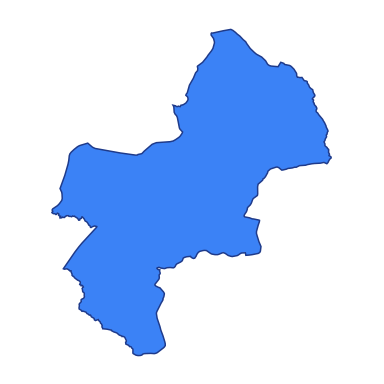 outline of Rolea B'ier, Kâmpóng Chhnang, Cambodia, rotated 266°
{"feature_id": "14789045B85845272815349", "entity_name": "Rolea B'ier", "entity_type": "district", "adm_level": 2, "iso_a3": "KHM", "parent_name": "Cambodia", "parent_adm1": "Kâmpóng Chhnang", "projection": "robinson", "projection_center": [104.575, 12.211], "detail": "fine", "context": "isolated", "style": "filled", "palette": "blue", "viewbox_px": 384, "rotation_deg": 266, "n_neighbors": 0, "source": "geoboundaries", "source_scale": "gbopen_adm2", "svg_char_len": 5906}
<svg xmlns="http://www.w3.org/2000/svg" viewBox="0 0 384 384"><g transform="rotate(266 192 192)"><path d="M34.8,122.2L33.1,124.8L32.6,126.7L32.5,128.8L32.7,129.9L32.9,130.7L33.5,131.3L33.9,132.2L34.1,133.5L33.9,139.6L33.4,143.0L33.6,144.6L34.2,146.2L38.4,152.5L39.2,153.5L40.6,154.6L42.7,154.7L44.5,154.4L50.6,153.0L56.3,151.3L60.1,150.6L66.6,148.9L68.6,148.4L73.2,148.0L74.3,148.2L75.5,148.8L83.3,153.4L85.9,155.2L86.7,155.6L87.2,155.4L89.5,156.6L92.2,157.3L92.8,157.3L94.3,156.6L98.7,153.3L99.2,151.9L100.7,149.4L101.8,148.5L102.5,148.6L107.3,152.9L108.6,153.4L111.5,153.4L112.7,154.5L113.4,154.6L115.7,154.1L116.5,154.5L117.2,152.5L118.2,151.7L118.8,152.0L119.2,153.8L118.3,155.6L117.7,158.2L117.5,159.4L118.2,161.7L118.2,164.9L117.7,167.7L117.7,168.4L118.1,169.2L118.9,170.0L120.7,171.1L121.4,172.0L123.0,175.9L124.1,177.5L126.7,178.7L127.3,180.0L127.8,182.2L127.9,186.1L127.0,186.5L126.1,187.8L125.6,188.8L125.8,190.1L127.8,191.7L129.3,192.4L131.4,194.1L132.3,195.8L132.8,198.8L132.9,200.3L132.6,202.3L129.3,206.4L128.7,207.5L127.9,210.6L127.7,213.1L128.0,214.5L129.1,217.7L129.3,219.0L128.4,220.9L126.2,223.6L125.2,226.1L124.8,227.6L125.4,232.6L125.8,233.6L127.3,236.1L127.7,237.3L127.6,241.0L125.1,241.3L125.1,244.6L125.3,247.6L126.1,253.7L126.5,254.6L127.0,255.4L128.2,256.1L132.8,257.0L137.8,255.3L143.8,253.9L146.2,253.4L148.2,253.6L154.5,255.8L157.5,257.1L159.0,257.4L159.3,256.9L160.8,251.6L161.0,250.2L162.2,247.7L163.5,242.9L164.0,242.4L165.1,242.4L166.5,243.3L168.5,244.9L170.5,245.8L172.3,246.2L173.1,246.9L175.0,249.2L175.7,249.7L176.9,250.5L179.9,251.8L181.2,252.6L184.0,257.0L185.5,257.4L192.6,257.8L195.2,258.5L198.3,262.6L199.2,263.5L200.2,263.8L200.5,264.7L202.1,266.3L205.8,268.7L207.2,269.1L207.6,269.4L209.5,271.9L210.9,277.5L211.0,278.7L210.2,280.3L207.6,283.0L207.6,284.1L208.2,287.7L208.8,289.3L209.0,293.6L209.6,296.3L209.4,297.6L210.8,301.1L210.8,307.2L211.3,309.1L211.8,313.6L211.9,316.2L211.8,322.0L212.3,325.7L210.8,328.5L211.9,329.7L213.7,330.7L215.2,331.8L216.3,333.2L217.3,333.1L217.9,332.6L218.7,331.2L220.1,331.8L222.3,330.9L223.5,331.3L224.0,331.1L224.9,331.3L225.5,330.8L225.9,330.2L226.9,329.9L228.6,328.1L229.3,327.8L230.6,328.0L232.8,327.2L234.1,328.2L235.7,328.7L237.5,330.0L237.9,330.1L239.1,329.9L239.9,330.2L240.2,330.7L242.2,331.2L243.1,331.9L244.1,331.8L247.5,330.4L248.6,330.3L249.9,329.8L252.0,329.0L254.4,327.7L255.2,327.5L260.3,323.8L262.2,322.8L263.0,321.8L263.7,321.5L265.0,321.5L266.0,322.2L267.0,322.4L268.0,321.8L268.6,321.8L269.6,320.9L270.8,320.1L272.2,320.0L272.6,319.5L273.9,319.2L274.9,319.6L275.4,319.6L276.2,318.6L276.7,318.6L277.3,319.1L278.1,320.3L278.8,320.5L279.3,321.3L280.4,321.2L282.7,320.0L285.7,319.5L286.8,318.0L288.3,316.6L291.0,315.7L292.4,314.7L294.1,314.6L294.6,314.0L295.3,311.7L298.6,309.7L298.6,307.5L299.1,306.2L299.1,305.2L300.4,304.6L302.7,304.6L303.2,304.5L307.4,302.3L310.3,299.8L311.4,298.3L312.8,293.2L313.9,292.6L315.2,289.6L311.0,286.6L312.1,279.8L312.5,278.6L313.1,277.5L314.2,276.3L317.7,274.6L321.8,270.9L324.9,266.0L326.8,264.0L331.1,260.1L336.3,256.9L338.2,256.0L340.4,253.7L344.2,250.6L346.3,248.2L348.2,246.5L350.4,244.0L351.5,242.1L350.7,234.6L349.1,223.7L349.3,222.7L348.9,222.2L347.3,222.0L343.6,224.2L340.5,224.8L339.1,224.8L333.8,222.9L331.5,221.3L327.5,217.7L325.5,216.2L320.6,211.6L317.2,206.3L316.8,206.1L314.7,206.4L312.7,206.0L310.6,203.9L305.4,201.3L298.8,196.9L291.3,194.2L289.9,193.0L288.9,192.6L287.2,194.2L285.9,194.5L284.6,194.5L283.2,193.8L281.2,192.1L279.8,189.6L279.4,188.1L279.4,187.1L278.0,186.2L278.6,184.3L278.2,183.8L278.4,182.3L279.1,181.6L279.9,179.1L278.3,179.8L272.8,179.8L270.8,180.6L269.2,181.9L267.3,182.6L256.7,183.9L255.5,184.4L252.5,186.8L251.2,186.2L248.4,184.0L247.4,182.7L245.5,179.5L244.2,176.8L243.7,173.6L243.7,159.9L242.4,155.6L236.2,147.3L233.9,144.8L233.6,143.7L233.2,140.7L232.8,140.3L232.7,139.7L232.7,138.5L236.0,122.9L242.2,98.4L243.6,95.9L248.0,91.4L246.5,84.6L246.0,82.7L245.0,80.7L242.7,77.4L240.1,74.2L238.5,72.8L236.7,72.1L232.2,71.3L228.5,70.3L226.3,69.5L217.5,66.3L204.6,60.6L200.9,62.0L199.1,62.2L194.6,62.1L192.7,61.5L189.6,58.9L187.8,56.9L184.9,51.9L184.2,51.4L183.7,51.2L182.5,51.8L182.0,51.6L181.7,51.0L181.2,50.8L180.1,52.1L179.9,53.7L179.0,54.7L179.2,55.4L180.3,56.2L179.7,57.4L179.1,57.7L178.2,57.3L177.5,58.0L177.0,59.1L176.2,58.4L175.3,58.6L175.8,59.3L175.3,59.7L175.4,60.4L176.0,60.9L175.6,62.0L175.5,63.1L176.3,63.7L176.7,64.7L177.1,65.0L177.1,65.5L177.0,67.1L176.3,67.5L176.1,69.4L175.7,69.9L175.9,70.6L176.4,71.2L176.0,72.2L176.1,73.2L175.2,73.8L174.9,74.6L174.5,74.9L173.8,76.0L171.8,77.0L171.8,78.0L173.0,78.4L173.4,79.7L174.9,80.5L174.8,80.9L172.6,82.6L170.5,83.4L169.7,84.8L168.0,86.0L166.2,86.7L165.8,87.5L165.2,87.9L163.8,88.3L163.6,88.8L164.4,90.4L164.9,92.5L164.2,94.6L163.5,94.4L148.7,78.7L145.4,75.5L140.4,71.1L124.4,58.3L123.9,59.2L124.1,61.9L123.1,63.5L122.6,63.8L122.5,64.2L121.8,64.6L121.9,65.5L121.7,65.9L121.0,65.7L118.5,66.6L117.3,66.5L116.4,67.2L116.1,68.0L114.8,68.7L113.9,69.6L112.0,71.8L111.2,73.4L110.2,74.2L109.0,74.3L107.7,73.5L107.3,73.8L107.1,74.6L106.2,74.8L106.2,75.4L106.5,75.7L106.3,76.2L104.8,77.0L104.4,76.4L103.3,75.6L102.5,75.9L100.4,76.0L99.9,76.2L99.3,77.0L98.4,77.5L95.8,77.2L95.3,77.4L94.3,77.1L93.4,76.2L92.8,74.6L92.5,74.1L92.0,73.8L90.4,73.9L88.3,71.8L87.7,71.6L86.5,71.7L84.2,71.2L83.1,71.3L82.1,72.8L81.4,73.5L80.9,73.6L80.6,74.1L80.8,74.8L79.6,77.8L78.1,78.7L77.5,79.8L76.6,80.6L76.3,81.1L76.4,81.7L76.3,82.2L74.5,82.9L73.0,85.2L72.7,85.5L71.3,85.7L70.5,86.7L71.3,89.6L70.2,90.0L69.1,91.2L67.6,91.6L66.7,92.5L65.8,92.7L65.2,93.1L64.1,92.8L63.2,92.9L62.7,93.3L61.8,93.4L61.1,97.6L59.8,102.0L59.3,102.0L57.9,104.2L56.7,107.1L54.4,109.4L53.2,112.0L52.7,112.1L52.7,113.2L52.2,114.3L51.7,114.8L48.4,116.1L47.3,116.0L46.8,115.3L44.9,115.4L43.5,118.0L42.1,119.0L42.1,119.8L41.7,120.5L40.5,121.0L39.7,121.9L39.0,122.1L35.4,121.8L34.8,122.2Z" fill="#3b82f6" stroke="#1e3a8a" stroke-width="1.5"/></g></svg>